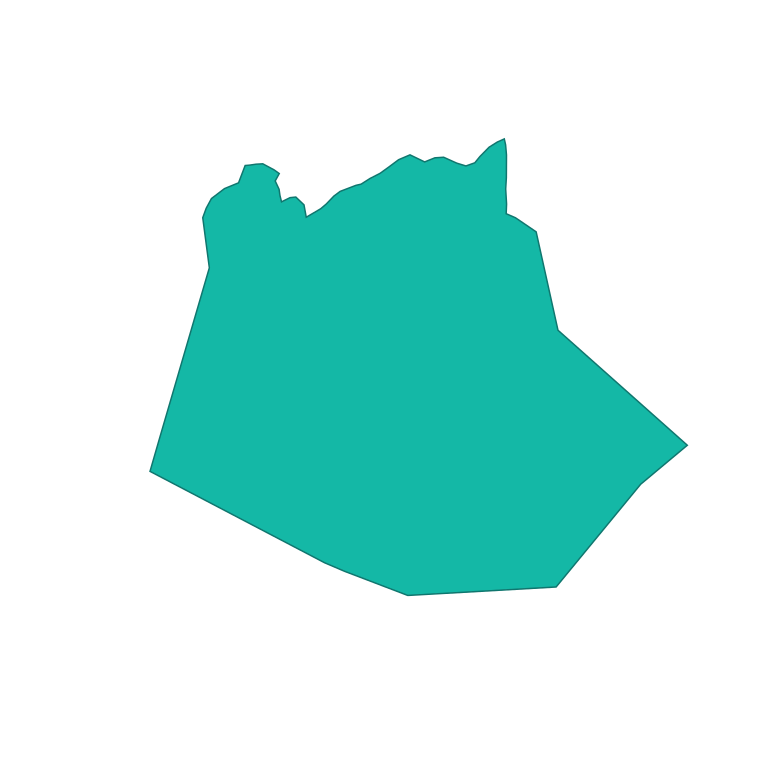 the district of San Bartolomé Zoogocho, Oaxaca, Mexico, rotated 335°
{"feature_id": "50627088B99822052581383", "entity_name": "San Bartolomé Zoogocho", "entity_type": "district", "adm_level": 2, "iso_a3": "MEX", "parent_name": "Mexico", "parent_adm1": "Oaxaca", "projection": "mercator", "projection_center": [-96.24, 17.246], "detail": "fine", "context": "isolated", "style": "filled", "palette": "teal", "viewbox_px": 768, "rotation_deg": 335, "n_neighbors": 0, "source": "geoboundaries", "source_scale": "gbopen_adm2", "svg_char_len": 903}
<svg xmlns="http://www.w3.org/2000/svg" viewBox="0 0 768 768"><g transform="rotate(335 384 384)"><path d="M317.0,586.0L454.2,640.7L574.3,583.3L633.0,567.7L564.4,408.8L586.2,310.4L573.4,288.9L566.7,281.3L571.1,272.8L576.7,258.7L582.1,248.7L591.8,228.2L593.7,223.0L595.3,218.6L596.6,212.7L588.9,212.6L579.3,213.8L567.0,218.4L559.8,221.9L550.4,221.0L543.3,214.6L533.9,203.7L525.7,200.5L514.7,199.9L504.4,187.3L492.0,186.9L480.5,189.3L469.5,191.4L458.3,191.8L447.7,193.2L442.6,192.1L425.7,190.9L418.0,192.5L407.7,196.5L400.7,198.4L384.0,200.0L387.2,187.8L383.1,177.3L377.6,175.4L368.1,175.6L369.4,169.1L371.2,163.2L371.2,154.0L378.0,149.0L374.9,143.5L367.2,133.2L360.9,130.7L354.6,128.8L350.5,127.3L337.2,140.2L322.0,139.5L306.0,143.0L297.1,149.6L290.0,156.7L274.8,204.9L157.6,338.4L135.0,364.3L254.6,520.9L269.2,537.2L316.1,585.6L317.0,586.0Z" fill="#14b8a6" stroke="#0f766e" stroke-width="1.5"/></g></svg>